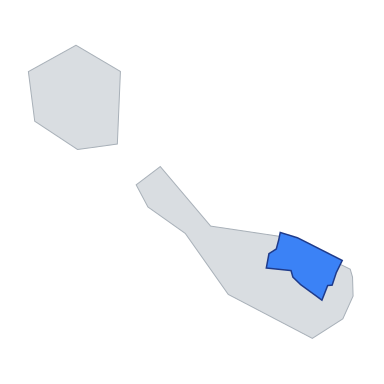 where Saint Thomas Middle Island sits in Saint Kitts and Nevis, rotated 175°
{"feature_id": "KNA-5111", "entity_name": "Saint Thomas Middle Island", "entity_type": "Parish", "adm_level": 1, "iso_a3": "KNA", "parent_name": "Saint Kitts and Nevis", "parent_adm1": "", "projection": "orthographic", "projection_center": [-62.788, 17.332], "detail": "fine", "context": "in_parent", "style": "filled", "palette": "blue", "viewbox_px": 384, "rotation_deg": 175, "n_neighbors": 0, "source": "natural_earth", "source_scale": "10m", "svg_char_len": 630}
<svg xmlns="http://www.w3.org/2000/svg" viewBox="0 0 384 384"><g transform="rotate(175 192 192)"><path d="M247.0,204.0L221.4,220.1L176.4,156.4L103.7,139.0L41.1,101.3L39.5,93.2L40.6,74.3L52.8,52.5L84.9,35.7L164.8,86.8L202.3,151.3L237.2,180.9L247.0,204.0ZM344.5,326.2L294.8,348.3L252.8,318.3L262.2,246.3L302.3,244.3L342.5,276.2L344.5,326.2Z" fill="#d9dde1" stroke="#a8b0b8" stroke-width="1"/><path d="M107.6,144.0L90.7,137.1L48.3,110.7L55.3,99.1L60.5,87.0L65.0,87.0L72.0,72.9L91.9,90.3L98.9,98.4L100.2,105.1L124.6,109.8L120.7,123.9L113.0,127.9L109.8,136.7L107.6,144.0Z" fill="#3b82f6" stroke="#1e3a8a" stroke-width="1.5"/></g></svg>